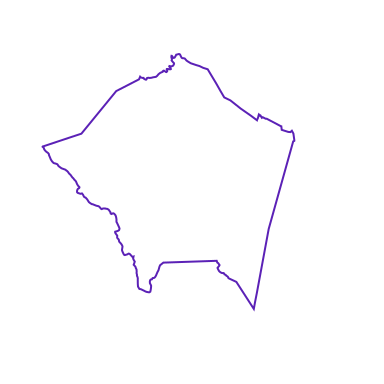 Santo Domingo de Morelos, Oaxaca, Mexico (Equal Earth projection), rotated 155°
{"feature_id": "50627088B71726094382652", "entity_name": "Santo Domingo de Morelos", "entity_type": "district", "adm_level": 2, "iso_a3": "MEX", "parent_name": "Mexico", "parent_adm1": "Oaxaca", "projection": "equal_earth", "projection_center": [-96.614, 15.843], "detail": "fine", "context": "isolated", "style": "outline", "palette": "violet", "viewbox_px": 384, "rotation_deg": 155, "n_neighbors": 0, "source": "geoboundaries", "source_scale": "gbopen_adm2", "svg_char_len": 4329}
<svg xmlns="http://www.w3.org/2000/svg" viewBox="0 0 384 384"><g transform="rotate(155 192 192)"><path d="M280.7,126.5L280.3,126.1L279.6,125.7L278.8,124.8L278.0,123.8L277.1,122.7L276.3,121.6L275.3,120.6L273.6,119.4L272.9,119.1L271.9,119.3L270.9,120.6L269.7,122.4L268.7,124.2L268.6,125.1L268.7,127.1L268.1,128.6L267.3,129.7L266.3,130.1L265.7,129.9L265.2,129.8L264.8,130.1L264.1,130.6L263.5,130.4L262.8,130.2L261.9,130.3L260.9,130.8L259.8,131.6L258.5,132.8L256.9,134.2L255.5,135.2L254.2,136.7L253.2,137.9L251.9,139.1L247.8,140.1L198.7,119.2L198.8,118.4L198.9,117.4L198.3,116.4L198.1,115.0L197.9,114.3L198.1,113.9L198.8,113.5L200.2,112.8L200.8,112.6L201.0,112.1L201.0,110.7L200.9,109.0L200.6,108.1L200.2,107.3L199.4,106.2L198.6,105.6L197.8,105.3L197.5,105.0L197.4,104.5L197.4,103.6L196.5,102.7L196.4,101.9L195.4,100.2L195.3,99.5L195.4,98.8L195.0,98.0L189.8,91.8L185.4,59.9L181.3,65.7L176.1,72.8L138.1,126.1L78.9,195.1L77.7,195.1L77.4,195.6L75.4,202.1L75.6,205.3L77.5,204.7L79.4,205.8L84.4,210.4L83.3,213.8L83.6,214.0L93.3,226.8L94.3,227.3L96.3,229.9L97.3,229.7L97.6,232.3L98.0,232.2L98.6,234.0L99.2,233.4L100.1,232.2L100.8,231.4L101.5,230.7L102.4,230.1L102.8,229.6L106.4,236.3L109.7,242.0L112.6,247.0L118.5,258.8L122.8,264.1L123.5,271.5L124.2,280.3L125.1,288.8L125.9,296.6L129.4,299.8L132.0,303.0L134.5,305.2L138.7,309.2L140.3,311.6L140.5,311.9L141.4,313.4L141.9,315.2L142.2,316.1L143.4,317.0L144.1,317.3L144.5,317.8L144.7,318.4L144.7,319.7L144.8,320.7L144.7,321.5L144.9,322.0L145.4,322.5L145.9,322.7L146.8,322.8L148.3,323.1L149.5,322.1L150.9,321.2L151.7,321.2L152.2,321.4L152.7,323.9L153.0,324.1L153.5,323.4L153.8,322.6L154.0,321.0L154.4,320.3L154.9,319.8L154.3,317.5L153.9,316.5L154.1,315.7L155.6,314.5L157.4,314.5L158.3,315.0L159.2,315.7L159.6,315.3L159.1,313.8L159.1,312.7L159.3,312.3L160.0,312.4L161.3,313.3L162.5,314.0L162.9,314.1L163.1,313.9L163.1,312.9L163.2,312.2L163.6,311.8L164.5,311.5L164.9,311.8L165.4,312.7L166.0,313.7L166.6,314.0L167.3,313.8L167.3,313.5L167.8,313.3L170.4,313.4L172.6,312.9L173.8,312.3L174.7,311.9L175.4,311.8L176.0,311.6L177.4,312.0L178.5,312.3L179.3,312.5L180.2,312.6L182.1,313.2L183.3,314.0L184.5,314.3L185.0,313.9L185.7,313.3L186.2,313.2L186.7,313.6L187.6,314.8L187.7,315.9L188.4,316.1L189.4,317.0L190.0,317.4L190.3,318.4L192.4,316.5L218.0,315.5L267.6,291.6L280.3,293.1L308.1,296.3L308.6,296.9L307.7,294.7L307.9,293.1L307.7,292.0L307.2,290.4L305.9,288.0L305.7,286.8L306.0,286.0L306.1,283.1L306.2,281.2L305.9,278.9L305.4,277.4L305.2,276.8L304.6,276.2L303.7,275.5L302.5,274.3L302.2,273.7L302.1,272.3L301.7,271.3L301.0,270.0L300.2,268.6L297.2,265.6L296.9,264.7L296.4,264.0L295.9,262.6L295.6,260.7L295.3,260.0L294.8,258.7L294.6,257.6L294.5,256.8L294.3,256.1L294.2,255.5L293.8,254.7L293.6,253.8L293.5,253.0L292.9,251.5L292.7,250.4L292.8,248.3L292.8,247.3L292.5,245.4L292.0,244.2L292.0,243.9L292.1,243.7L292.4,243.4L292.8,243.2L294.0,243.1L294.7,242.7L295.5,241.9L296.2,240.6L296.2,240.3L296.0,239.6L294.6,238.2L293.8,237.5L292.6,237.3L292.3,237.2L292.2,236.7L291.9,235.4L291.9,233.7L291.8,233.1L291.4,232.6L291.1,232.1L290.8,231.9L290.6,231.2L290.1,229.6L289.9,227.8L289.7,226.4L289.1,225.2L288.5,224.2L287.8,223.2L287.2,222.9L286.1,221.7L284.5,220.0L282.7,218.6L282.2,217.7L281.7,215.9L281.4,215.0L281.0,214.6L279.9,214.7L279.2,214.5L277.7,213.8L276.9,213.1L276.2,212.7L275.8,212.4L275.1,211.3L274.9,210.7L274.5,208.0L274.8,207.0L274.8,206.8L274.6,206.5L274.1,206.0L273.5,206.2L272.4,206.0L271.7,205.2L271.2,203.4L271.2,202.8L271.3,201.9L271.6,200.5L272.1,198.9L272.7,197.7L273.1,196.8L273.0,196.3L273.0,195.1L273.0,194.2L273.0,190.8L273.1,189.6L273.7,188.8L274.2,188.3L275.2,188.1L276.8,188.2L277.8,188.4L278.4,188.5L278.7,188.0L278.8,187.0L278.5,185.4L278.2,184.1L278.6,183.3L279.0,182.6L279.1,182.0L279.0,181.2L278.7,180.7L278.5,179.8L278.9,178.2L278.9,177.4L278.4,176.0L278.0,174.4L277.9,172.8L278.1,171.8L279.4,169.9L280.0,169.0L280.2,167.5L280.2,164.8L280.1,164.0L279.9,163.5L279.5,163.2L278.2,163.0L276.8,162.8L275.6,163.0L275.0,162.6L274.6,162.1L274.1,160.5L273.4,158.3L272.3,158.2L273.5,156.5L273.5,155.6L273.5,154.8L273.3,153.1L274.5,151.8L275.6,150.7L274.9,148.4L274.9,147.5L275.1,146.7L275.0,145.3L275.8,143.2L276.5,142.0L276.8,140.4L277.3,139.3L277.3,138.1L277.6,136.7L278.2,135.5L279.2,133.3L280.0,131.5L280.9,129.1L280.7,126.5Z" fill="none" stroke="#5b21b6" stroke-width="2"/></g></svg>